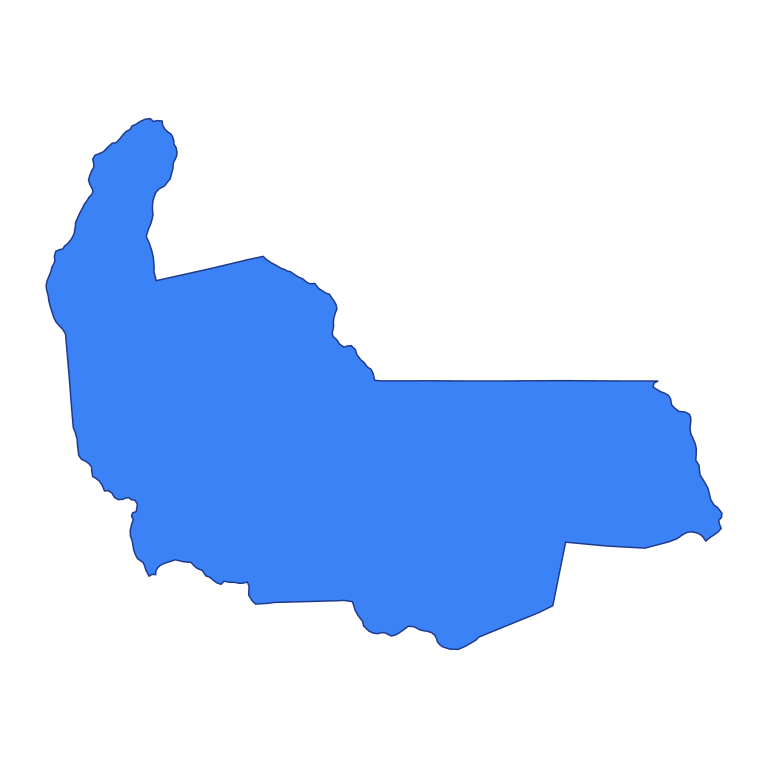 the district of Salto do Céu, Mato Grosso, Brazil
{"feature_id": "56859067B30882988861922", "entity_name": "Salto do Céu", "entity_type": "district", "adm_level": 2, "iso_a3": "BRA", "parent_name": "Brazil", "parent_adm1": "Mato Grosso", "projection": "robinson", "projection_center": [-58.088, -15.003], "detail": "fine", "context": "isolated", "style": "filled", "palette": "blue", "viewbox_px": 768, "rotation_deg": 0, "n_neighbors": 0, "source": "geoboundaries", "source_scale": "gbopen_adm2", "svg_char_len": 4160}
<svg xmlns="http://www.w3.org/2000/svg" viewBox="0 0 768 768"><path d="M162.1,121.0L157.4,120.6L153.4,121.5L150.3,118.6L144.9,119.3L140.1,121.5L135.6,124.5L132.1,125.9L129.9,129.7L126.2,131.3L123.0,134.7L120.2,138.4L118.1,140.8L115.8,142.8L112.2,143.2L108.6,146.4L103.4,151.7L98.4,154.0L95.1,155.2L92.7,159.2L93.7,163.7L93.8,167.3L91.7,170.7L89.6,175.8L88.5,180.3L89.8,184.1L91.3,187.0L92.9,190.4L92.1,194.2L89.0,197.2L87.2,200.4L84.5,203.9L82.0,209.0L79.8,213.0L77.8,217.4L75.7,222.1L75.2,227.2L74.1,233.8L71.3,239.2L67.8,243.5L64.6,246.0L62.8,249.0L59.5,249.6L55.8,251.3L54.4,256.2L54.9,261.2L53.5,264.3L51.8,267.5L51.0,271.3L49.4,275.2L47.1,280.7L46.1,285.4L46.5,289.3L48.1,295.4L48.9,301.0L50.2,306.3L51.7,310.9L52.8,314.5L54.3,318.6L56.3,322.4L60.7,327.2L63.0,329.7L65.5,334.1L69.1,375.8L70.2,390.1L71.5,407.0L73.3,427.8L75.1,432.0L76.2,435.7L77.2,439.7L77.4,444.4L78.0,449.2L78.7,455.4L81.6,459.4L86.1,461.5L89.7,464.4L91.6,467.3L91.7,471.0L92.7,476.6L96.0,478.4L99.4,481.1L102.5,485.9L104.5,490.9L108.3,490.7L111.7,492.8L114.6,497.5L118.2,499.6L122.8,499.3L126.0,497.9L129.0,497.8L131.5,499.8L134.7,500.1L137.3,503.9L136.9,507.8L136.1,511.7L132.7,512.8L131.5,516.0L133.3,519.7L131.6,524.4L130.2,530.4L130.4,536.1L132.1,540.4L132.9,545.2L133.8,550.3L135.8,555.5L137.8,558.9L143.1,562.5L144.7,566.0L145.8,570.0L149.1,576.2L151.9,574.4L155.6,574.6L155.9,570.9L157.7,567.8L160.0,565.5L163.9,563.5L175.3,559.8L180.1,560.9L182.9,561.6L186.7,562.1L191.1,562.4L194.5,566.2L197.4,568.5L202.3,570.5L206.0,576.0L209.2,576.9L216.7,582.8L221.0,584.3L224.1,581.2L229.6,582.3L234.4,582.3L238.6,583.2L241.5,583.3L247.5,582.2L249.1,586.4L248.7,595.1L252.2,600.9L255.7,604.1L268.2,603.3L274.7,602.4L309.4,601.5L329.7,600.9L335.1,600.8L344.2,600.4L352.4,601.7L354.0,606.4L355.1,610.2L358.1,615.6L360.5,618.7L362.6,621.4L363.7,626.1L369.2,631.3L373.3,633.1L377.7,633.7L381.4,632.6L385.3,632.9L388.2,634.5L391.5,636.0L395.6,634.9L399.3,632.8L404.0,629.5L408.2,626.3L413.6,626.6L420.3,630.0L423.9,630.8L427.1,631.2L431.5,632.6L434.6,635.1L436.6,638.7L437.4,641.9L439.8,644.7L442.8,646.9L450.0,649.2L454.1,649.2L458.1,649.4L465.1,646.4L470.6,643.3L476.2,639.9L478.6,637.2L512.8,623.2L516.2,621.8L530.3,616.1L539.6,612.2L552.8,605.7L565.6,542.2L605.5,545.9L615.4,546.5L645.0,548.1L668.8,541.8L673.2,540.2L677.1,538.6L681.9,535.2L684.9,533.5L687.8,532.2L691.1,531.8L694.5,532.4L697.6,533.1L700.6,534.7L703.2,537.2L705.8,541.1L710.4,537.2L713.7,535.1L718.4,531.7L721.2,528.4L719.5,524.2L718.7,520.4L721.5,517.4L721.9,513.1L717.6,507.6L714.0,505.0L710.9,500.0L708.0,488.4L705.3,483.4L702.8,479.3L700.0,474.7L699.4,469.6L699.1,465.5L695.8,460.2L696.2,454.7L696.3,448.8L695.5,444.7L694.3,441.5L693.0,438.5L690.8,433.7L690.0,428.3L690.8,421.5L690.7,417.3L689.4,414.3L685.4,412.1L678.9,411.4L674.2,407.7L671.7,404.9L670.5,398.8L668.6,395.5L664.9,393.3L660.3,391.5L653.1,387.1L654.1,383.0L658.2,381.0L639.2,381.0L630.9,381.0L621.9,381.0L604.6,380.9L587.4,380.8L570.2,380.7L552.9,380.7L535.0,380.8L526.7,380.8L518.3,380.9L501.0,381.0L483.7,381.0L466.4,381.0L449.2,380.9L432.0,380.8L422.8,380.8L414.9,380.9L381.4,380.9L374.7,380.3L373.0,373.1L370.8,369.1L367.4,367.1L364.3,362.8L360.4,359.4L356.7,354.3L355.4,349.6L351.1,345.6L347.2,346.0L344.1,347.2L339.8,344.3L336.7,339.7L333.2,336.6L332.1,333.1L333.0,329.7L333.6,326.0L333.4,322.4L333.8,318.1L335.3,312.9L336.9,309.1L336.0,304.5L333.7,300.4L331.6,297.6L329.4,294.2L326.1,293.2L322.1,290.7L318.4,288.2L314.8,283.5L309.6,283.7L306.8,282.3L302.8,278.9L298.6,277.1L294.1,274.3L290.4,271.6L287.2,271.0L284.5,269.5L280.6,268.1L276.0,265.3L271.6,263.0L266.3,259.4L263.2,256.4L247.0,259.8L242.3,261.0L210.4,268.6L156.0,280.7L155.3,276.6L154.0,272.1L154.1,267.7L153.8,262.6L153.3,257.4L152.1,252.0L150.6,247.0L148.8,242.1L146.2,236.5L147.3,232.8L148.7,228.5L150.8,223.7L152.2,218.8L153.0,214.9L152.6,211.1L152.4,206.4L152.9,201.3L154.1,197.0L155.7,192.7L158.8,189.1L164.7,185.8L167.8,181.6L170.2,178.9L171.5,173.7L173.0,168.3L173.2,163.4L175.0,159.6L176.7,156.0L177.0,152.1L176.1,147.6L173.9,144.1L173.8,140.3L172.5,136.6L170.8,134.0L167.7,131.8L165.0,129.2L162.8,125.6L162.1,121.0Z" fill="#3b82f6" stroke="#1e3a8a" stroke-width="1.5"/></svg>